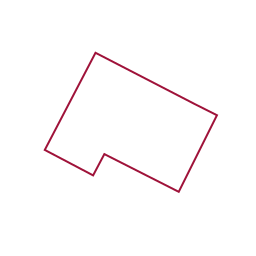 the district of Hamilton, Texas, United States of America, rotated 238°
{"feature_id": "52423323B6154390219134", "entity_name": "Hamilton", "entity_type": "district", "adm_level": 2, "iso_a3": "USA", "parent_name": "United States of America", "parent_adm1": "Texas", "projection": "mercator", "projection_center": [-98.189, 31.717], "detail": "fine", "context": "isolated", "style": "outline", "palette": "rose", "viewbox_px": 256, "rotation_deg": 238, "n_neighbors": 0, "source": "geoboundaries", "source_scale": "gbopen_adm2", "svg_char_len": 256}
<svg xmlns="http://www.w3.org/2000/svg" viewBox="0 0 256 256"><g transform="rotate(238 128 128)"><path d="M47.0,137.2L91.7,210.2L112.9,197.3L209.0,140.3L153.5,45.8L106.3,73.3L118.4,94.1L47.0,137.2Z" fill="none" stroke="#9f1239" stroke-width="2"/></g></svg>